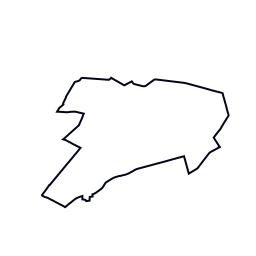 outline of Baloži, Kekavas, Latvia, rotated 165°
{"feature_id": "27541924B31221481282292", "entity_name": "Baloži", "entity_type": "district", "adm_level": 2, "iso_a3": "LVA", "parent_name": "Latvia", "parent_adm1": "Kekavas", "projection": "equal_earth", "projection_center": [24.137, 56.87], "detail": "fine", "context": "isolated", "style": "outline", "palette": "ink", "viewbox_px": 256, "rotation_deg": 165, "n_neighbors": 0, "source": "geoboundaries", "source_scale": "gbopen_adm2", "svg_char_len": 2744}
<svg xmlns="http://www.w3.org/2000/svg" viewBox="0 0 256 256"><g transform="rotate(165 128 128)"><path d="M44.6,85.7L44.8,86.4L44.4,86.4L44.8,87.4L47.7,96.5L46.5,97.5L45.1,98.6L43.7,99.7L40.6,101.9L38.8,103.3L37.6,104.5L37.2,105.0L33.1,108.9L27.6,114.0L27.5,115.2L27.6,118.4L27.6,121.3L27.5,123.7L27.5,125.6L27.6,126.4L27.6,132.2L27.7,132.8L27.7,133.0L27.6,137.0L27.8,137.3L28.4,137.7L37.8,143.0L38.1,143.2L39.4,144.0L39.8,144.2L40.5,144.7L50.3,150.4L60.1,156.1L62.7,157.3L87.5,167.3L89.2,167.9L90.3,167.9L91.8,167.3L93.0,166.8L100.0,164.1L101.6,164.1L103.2,164.7L110.7,168.9L111.5,169.9L112.3,172.1L112.9,171.9L120.6,170.2L131.2,180.7L131.3,180.8L131.6,180.4L134.0,179.5L157.3,187.6L159.1,188.2L159.9,188.2L160.5,188.0L161.9,186.9L162.4,186.6L163.3,186.4L164.9,186.2L167.2,186.3L167.5,186.2L173.8,180.1L177.0,177.0L179.8,174.3L180.0,173.6L184.1,168.9L184.3,168.5L184.3,167.4L189.1,165.2L192.3,162.1L190.0,161.4L183.2,159.1L181.8,158.8L179.4,158.5L175.7,157.7L174.3,157.2L167.0,153.3L167.1,153.2L168.2,151.8L169.8,149.5L171.8,147.0L174.3,143.9L174.6,143.6L174.6,143.4L186.8,137.2L193.2,133.9L193.5,133.8L191.3,132.4L189.6,130.8L186.5,128.0L186.0,127.4L182.1,123.9L179.4,121.5L179.0,121.1L180.1,120.4L181.9,119.0L182.7,118.4L185.3,116.6L186.5,115.8L187.2,115.3L191.5,112.2L192.1,111.9L192.8,111.3L194.4,110.2L194.8,109.9L196.7,108.6L198.1,107.6L198.7,107.1L199.5,106.6L200.1,106.2L200.9,105.6L202.4,104.5L203.0,104.1L203.6,103.7L204.7,102.9L205.0,102.7L206.0,102.0L206.4,101.7L207.3,101.1L208.1,100.5L208.2,100.4L208.3,100.3L208.6,100.2L209.0,99.8L209.5,99.5L210.0,99.2L210.9,98.5L211.6,98.0L212.4,97.5L213.1,96.9L213.4,96.8L213.7,96.5L214.6,95.9L215.4,95.3L216.7,94.4L217.0,94.2L218.4,93.1L218.8,93.3L218.9,93.2L219.4,92.8L220.3,92.0L221.3,91.1L222.1,90.5L222.5,90.1L223.0,89.8L223.3,89.5L228.5,85.4L228.4,84.9L228.1,84.6L226.3,83.0L225.9,82.6L224.9,82.3L223.5,81.1L222.9,80.6L220.2,78.1L215.6,73.9L210.2,68.9L209.3,67.8L208.6,68.1L203.5,70.5L203.3,70.5L203.1,70.5L201.1,71.5L200.1,71.9L197.7,73.0L195.5,73.6L194.0,73.8L192.7,74.0L192.3,74.0L189.7,74.1L190.0,73.1L190.1,72.6L190.2,71.9L190.4,71.1L190.5,70.9L189.8,70.6L189.1,70.3L188.7,70.1L188.3,69.9L187.4,69.0L187.3,68.2L183.9,67.8L183.4,69.5L183.3,69.9L183.2,70.1L182.8,71.3L179.9,71.0L179.6,72.6L179.5,73.1L179.1,73.1L177.6,73.3L175.9,73.7L170.7,75.7L168.5,76.7L166.9,78.0L166.3,78.6L164.4,80.4L163.5,81.1L156.7,83.2L155.4,83.5L153.2,83.8L152.6,83.8L149.4,83.9L147.9,83.7L144.7,83.7L142.2,83.6L139.4,83.9L134.8,85.0L132.7,85.6L130.4,86.1L102.2,86.1L101.3,86.1L91.4,86.2L81.2,86.2L81.1,72.2L81.1,71.7L81.1,68.4L81.1,68.2L78.6,68.9L73.7,70.3L71.4,71.0L63.1,77.4L60.3,79.5L58.5,80.9L55.8,82.9L55.1,83.2L53.8,83.6L45.7,85.5L44.6,85.7Z" fill="none" stroke="#020617" stroke-width="2"/></g></svg>